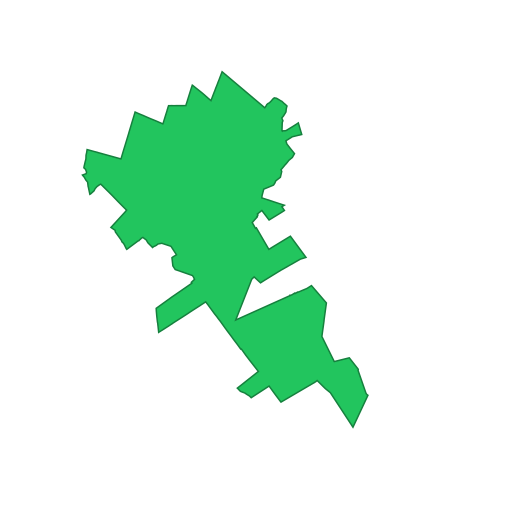 the district of Mocochá, Yucatán, Mexico, rotated 138°
{"feature_id": "50627088B81150073591621", "entity_name": "Mocochá", "entity_type": "district", "adm_level": 2, "iso_a3": "MEX", "parent_name": "Mexico", "parent_adm1": "Yucatán", "projection": "orthographic", "projection_center": [-89.453, 21.144], "detail": "fine", "context": "isolated", "style": "filled", "palette": "green", "viewbox_px": 512, "rotation_deg": 138, "n_neighbors": 0, "source": "geoboundaries", "source_scale": "gbopen_adm2", "svg_char_len": 4223}
<svg xmlns="http://www.w3.org/2000/svg" viewBox="0 0 512 512"><g transform="rotate(138 256 256)"><path d="M330.8,432.3L330.9,430.5L330.9,429.4L331.6,426.4L331.7,423.6L334.3,419.9L334.5,419.4L338.2,413.0L337.8,412.9L337.2,412.8L332.8,412.8L330.4,413.7L327.7,414.0L325.0,413.7L324.9,413.7L323.3,413.3L323.1,410.6L323.1,410.2L322.4,397.7L322.1,388.6L321.7,380.4L321.5,376.9L321.4,376.8L321.4,376.7L323.9,376.3L344.7,374.3L343.5,369.3L344.2,368.4L344.4,367.9L345.5,358.1L346.2,355.9L346.0,354.9L346.1,353.9L346.2,352.9L347.5,348.4L347.6,347.4L333.6,346.1L332.7,345.7L331.9,345.9L330.5,345.8L329.3,345.9L327.6,345.5L327.5,344.9L327.4,344.2L326.8,341.1L327.1,340.1L327.3,339.2L327.5,338.0L327.5,337.8L327.3,333.9L327.2,331.5L326.0,331.5L324.9,331.2L324.4,331.0L324.2,330.9L323.7,330.8L323.3,330.7L322.8,330.6L320.8,330.5L319.0,329.4L317.5,328.5L314.7,323.6L312.7,320.1L314.3,310.1L318.3,310.9L319.6,311.0L324.4,304.3L325.1,300.0L319.7,290.2L316.3,284.0L316.5,282.4L317.3,279.8L321.7,279.7L321.9,278.7L332.0,280.0L341.2,281.2L344.3,281.6L345.6,281.8L346.6,281.9L365.2,283.9L366.9,281.8L369.7,278.1L373.5,272.8L373.9,272.0L379.4,264.4L370.6,262.9L368.3,262.5L361.4,261.5L353.0,260.1L346.2,259.0L341.9,258.4L338.1,257.8L333.2,257.0L330.9,256.6L328.7,256.3L326.3,255.9L324.1,255.6L324.3,252.5L325.3,242.8L325.5,241.0L325.7,237.3L326.0,234.5L326.2,231.5L326.8,226.1L327.1,223.5L327.6,218.6L328.0,213.9L328.2,211.8L328.5,209.2L328.7,206.9L328.9,204.4L329.1,202.1L329.5,198.5L329.6,197.5L329.6,196.8L329.1,196.6L329.3,194.9L330.0,189.0L330.2,186.3L330.4,184.0L330.5,182.9L331.5,168.6L358.3,170.3L358.2,168.9L358.2,166.5L357.9,165.3L356.0,161.7L355.6,160.0L355.0,157.9L354.5,156.3L354.4,153.9L333.3,150.6L334.4,140.1L335.1,132.2L335.2,130.7L295.7,122.6L293.9,122.6L293.9,121.9L293.9,121.7L293.8,121.4L293.2,111.0L292.2,104.7L298.5,63.9L266.0,77.6L266.3,78.9L266.1,80.4L256.7,102.7L255.8,103.4L254.8,117.9L268.5,125.2L268.5,125.4L268.4,125.5L260.9,152.1L248.7,162.4L248.6,162.6L235.1,174.0L234.6,196.9L239.9,197.8L249.3,201.1L249.3,201.4L252.0,201.9L251.9,202.5L255.1,203.1L256.9,203.6L257.0,203.8L257.0,204.1L257.4,204.0L257.6,204.0L257.8,204.0L313.9,222.0L274.7,241.6L271.4,241.7L270.6,233.0L268.0,232.6L265.1,232.1L247.1,228.8L245.4,228.4L225.2,224.0L219.8,221.5L217.2,247.7L238.9,251.8L242.0,252.3L236.9,276.7L237.9,276.9L236.4,283.4L228.9,284.2L228.8,284.8L228.3,284.7L227.1,285.2L226.9,286.3L221.2,285.9L222.2,274.0L207.6,271.3L204.4,270.8L203.8,275.3L201.0,274.8L203.2,278.6L212.8,295.3L211.1,296.8L205.5,300.5L200.5,298.7L196.2,297.2L195.5,297.0L193.4,297.5L191.0,298.6L188.2,298.4L185.2,298.2L180.3,301.6L179.7,303.4L178.6,303.5L172.3,304.4L172.1,304.3L167.5,305.1L165.0,305.0L163.1,304.9L158.9,306.3L158.5,313.4L158.1,318.6L156.7,321.6L149.2,320.3L140.7,315.7L135.5,326.6L137.7,326.9L142.3,327.7L149.8,329.1L151.1,330.0L152.4,331.2L152.9,331.2L152.7,331.9L147.2,337.6L145.5,338.5L144.5,341.3L141.7,341.7L137.6,342.9L137.0,343.3L135.4,344.8L134.1,345.8L132.6,346.7L132.8,349.3L133.0,350.2L133.3,353.8L133.7,354.6L134.4,357.0L135.2,359.5L136.6,361.3L138.2,361.4L141.2,361.0L143.6,360.9L145.1,361.3L146.7,361.3L148.4,360.7L150.3,360.3L157.9,415.6L159.7,414.7L163.4,412.8L165.5,411.7L167.6,410.7L169.7,409.6L171.7,408.6L173.4,407.8L174.9,407.0L176.4,406.2L177.5,405.7L185.5,401.6L186.1,406.2L186.5,410.0L187.0,413.8L188.3,421.5L188.9,425.2L188.9,425.3L189.0,425.6L191.5,424.2L200.3,419.0L201.8,418.1L202.4,417.8L202.8,417.5L203.3,417.2L203.8,416.9L204.4,416.6L205.0,416.2L205.5,415.9L205.8,415.8L206.3,415.5L206.7,415.2L207.3,414.9L207.5,414.7L214.1,420.6L216.8,423.0L218.3,424.4L218.8,424.8L219.1,425.1L219.4,425.3L220.4,426.2L222.2,425.2L223.1,424.6L223.9,424.2L224.6,423.7L225.4,423.2L228.5,421.4L230.0,420.5L230.5,420.2L235.0,417.5L236.5,416.6L236.8,416.5L238.2,419.5L239.2,421.7L239.4,422.1L239.5,422.4L240.6,424.7L242.4,428.4L243.1,429.9L244.7,433.4L245.7,435.7L247.5,439.4L248.9,442.5L249.5,443.9L260.4,437.3L267.8,432.8L268.4,432.4L278.0,426.6L279.0,426.0L284.0,423.0L291.2,418.6L291.4,418.5L296.8,427.0L310.3,448.1L313.4,445.6L313.7,445.5L315.0,444.5L317.1,442.3L317.8,441.7L319.5,440.6L323.8,437.6L324.9,436.7L324.7,434.4L325.8,431.7L327.1,430.8L330.8,432.3Z" fill="#22c55e" stroke="#15803d" stroke-width="1.5"/></g></svg>